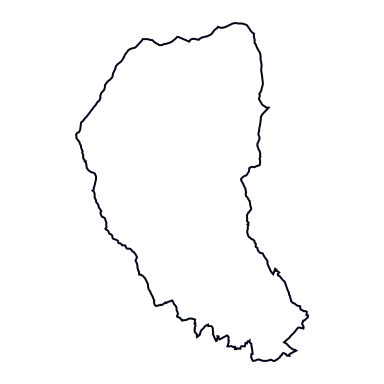 Vaideeni, Vâlcea, Romania
{"feature_id": "2599482B16463900446430", "entity_name": "Vaideeni", "entity_type": "district", "adm_level": 2, "iso_a3": "ROU", "parent_name": "Romania", "parent_adm1": "Vâlcea", "projection": "natural_earth1", "projection_center": [23.883, 45.229], "detail": "fine", "context": "isolated", "style": "outline", "palette": "ink", "viewbox_px": 384, "rotation_deg": 0, "n_neighbors": 0, "source": "geoboundaries", "source_scale": "gbopen_adm2", "svg_char_len": 5971}
<svg xmlns="http://www.w3.org/2000/svg" viewBox="0 0 384 384"><path d="M296.2,350.6L295.2,349.9L292.9,349.4L289.7,347.1L286.5,343.7L284.0,342.3L289.4,337.7L290.7,335.9L293.7,333.1L298.0,327.7L299.2,327.5L301.5,328.2L302.3,327.9L303.4,328.5L303.7,327.0L303.2,326.3L303.2,325.8L302.2,324.3L302.3,322.7L303.1,321.7L303.2,320.6L304.2,320.4L305.5,319.6L305.8,319.1L307.9,317.3L308.0,315.9L307.3,315.4L307.4,315.0L306.5,315.0L306.8,311.8L305.6,311.1L303.7,311.2L302.2,310.1L301.2,309.8L300.3,308.8L300.2,306.5L299.9,306.1L298.2,306.0L296.0,304.8L294.7,303.6L292.9,302.9L291.0,301.1L291.1,300.0L290.3,298.1L290.0,296.0L289.2,295.0L288.9,292.5L287.8,290.5L284.7,281.7L282.5,279.7L279.7,276.2L277.9,275.3L277.8,274.1L279.2,272.5L277.5,271.2L276.1,270.9L276.0,270.7L276.4,269.8L275.2,268.8L273.2,274.2L271.0,271.6L267.7,264.4L267.4,263.3L267.6,261.9L267.2,260.6L264.5,256.9L262.6,253.4L259.8,252.7L258.3,251.0L257.7,249.9L257.5,248.1L255.7,246.8L255.8,243.8L254.7,242.7L254.5,241.0L253.2,239.7L251.6,239.1L250.0,237.6L248.9,237.1L247.8,234.7L247.2,232.2L247.3,231.0L247.9,228.5L247.7,227.3L247.9,226.1L248.4,225.3L248.2,224.6L247.6,224.2L248.2,223.8L248.6,222.8L246.9,220.9L247.2,219.1L246.9,215.5L247.1,214.9L248.3,212.6L249.3,212.0L249.7,211.0L251.0,209.5L251.2,208.2L250.4,205.9L249.6,200.9L248.9,200.2L247.3,197.2L246.4,196.5L245.8,195.6L245.7,194.3L246.1,192.5L245.8,192.1L246.0,191.2L245.4,189.1L245.5,188.6L244.3,186.6L243.0,183.5L241.6,181.3L241.6,180.8L241.1,179.9L241.1,179.0L241.8,178.0L243.7,176.4L246.1,175.4L247.2,174.4L247.8,173.0L248.9,171.6L249.3,168.2L249.5,167.8L250.2,167.8L250.8,167.2L252.0,166.8L254.6,167.2L255.6,166.5L259.7,165.1L260.1,163.0L260.1,160.1L259.5,158.7L260.2,157.4L260.3,156.7L259.9,155.8L260.4,154.8L259.8,151.4L258.6,149.4L257.3,145.6L257.5,144.7L257.3,144.0L259.4,139.5L259.4,136.7L258.5,135.0L258.4,134.4L258.9,131.3L259.2,130.5L259.1,129.2L260.2,124.3L261.0,116.9L261.7,115.3L262.9,113.7L268.6,107.7L266.4,107.5L262.8,105.2L262.2,104.6L259.0,99.2L259.0,98.6L259.9,95.5L259.3,93.9L260.2,92.7L261.4,90.1L261.9,87.7L262.6,85.6L262.9,83.3L261.8,73.9L261.2,70.7L261.2,68.7L261.5,67.3L261.6,64.7L261.3,63.8L261.3,62.3L260.6,60.1L260.6,56.2L260.1,53.2L256.8,47.3L255.9,44.7L254.6,42.9L254.6,39.3L253.9,37.0L253.8,34.6L254.1,33.7L252.4,32.6L250.7,30.9L249.3,28.5L246.9,25.2L246.3,24.8L242.0,23.5L239.8,23.6L234.9,23.0L232.3,23.7L225.7,26.9L223.1,27.7L220.5,27.8L218.0,26.8L216.8,28.4L215.0,29.5L211.7,33.8L210.2,34.9L207.4,36.2L201.9,37.5L199.9,38.6L198.7,39.8L194.3,38.9L192.5,38.9L190.6,39.6L189.2,41.6L178.9,37.2L177.1,36.9L175.8,38.4L171.9,41.7L168.9,43.0L166.2,43.8L164.0,44.0L162.1,45.1L159.2,45.1L157.9,44.1L156.5,43.5L153.8,41.6L152.5,40.2L150.2,39.9L147.6,39.1L142.8,39.1L141.3,41.2L135.4,47.5L130.7,48.8L128.6,49.9L125.2,54.4L123.0,58.9L121.2,61.5L117.4,64.4L115.7,66.5L115.4,68.7L113.2,73.1L112.3,77.2L110.5,79.2L107.2,81.9L105.0,85.2L104.9,87.3L104.1,89.9L101.3,93.0L100.6,94.9L100.2,96.1L100.5,98.0L99.6,100.0L99.1,100.8L97.4,102.1L95.7,105.0L93.8,107.1L86.6,116.7L84.6,118.6L83.2,120.7L81.0,122.7L80.3,129.0L79.5,131.3L78.8,132.3L77.4,132.7L76.0,134.8L76.5,136.6L76.3,137.3L76.5,138.2L79.5,142.2L79.8,143.6L80.9,145.6L81.2,148.0L82.6,151.2L82.2,152.1L82.5,153.5L83.2,154.8L83.2,158.3L84.6,160.1L84.7,161.3L85.4,161.4L85.1,161.7L85.6,162.1L86.2,163.9L86.8,168.0L88.0,169.8L89.3,170.9L90.9,172.0L93.3,172.7L95.0,173.7L95.2,174.1L95.2,174.9L96.0,176.2L96.1,178.0L95.9,179.7L94.5,185.9L93.9,187.4L93.6,189.7L92.6,190.6L93.4,191.1L94.3,192.5L94.7,194.9L94.6,197.4L96.0,200.3L96.2,202.1L97.6,203.7L98.5,205.5L98.7,207.1L101.3,211.0L101.3,211.4L100.5,212.3L100.4,213.0L101.2,215.4L102.1,216.8L103.8,217.4L104.9,218.3L105.7,220.9L106.4,222.5L106.2,225.0L106.6,227.2L105.4,228.6L105.6,229.2L107.2,230.1L108.4,231.2L109.2,233.6L110.9,234.3L112.1,235.4L112.3,235.8L112.5,237.8L113.1,238.7L115.6,239.6L117.7,240.6L118.1,241.2L118.3,242.8L118.8,243.2L120.2,243.4L121.6,244.3L122.2,245.3L124.9,245.3L125.5,245.9L126.0,247.5L126.9,248.6L129.5,248.7L130.7,249.2L132.7,251.5L133.7,252.0L135.5,254.2L137.0,257.3L135.7,260.2L135.6,260.9L136.1,261.7L137.1,264.0L137.5,266.3L137.5,268.2L138.2,269.8L138.5,271.1L139.0,271.7L139.1,274.5L139.4,274.7L140.9,274.6L141.8,275.4L143.0,276.0L145.1,278.4L145.6,279.3L148.0,284.4L148.1,287.1L148.7,289.3L150.4,291.8L150.6,292.9L152.8,296.9L153.7,299.6L154.3,300.6L153.9,302.2L154.8,305.0L155.5,305.3L156.3,306.1L160.7,304.8L161.0,305.1L162.5,304.6L165.7,302.4L166.3,303.0L168.1,301.9L172.3,300.5L174.1,304.3L175.3,305.4L176.3,306.9L176.8,310.9L177.5,312.1L177.9,313.6L177.7,314.9L177.0,315.8L177.4,317.0L179.7,317.6L182.0,320.5L182.5,320.0L183.0,320.4L186.4,319.9L189.2,318.6L191.3,318.5L195.0,319.4L195.2,319.7L194.7,321.6L195.3,323.4L194.6,323.8L195.3,324.8L195.5,325.7L195.4,326.1L194.7,327.3L195.0,328.4L194.5,329.2L194.8,330.9L194.7,331.6L195.0,332.3L197.2,334.7L196.7,336.0L197.0,337.1L199.7,334.9L200.5,332.2L201.4,330.1L203.1,328.7L205.4,325.8L207.9,324.7L207.8,325.5L208.2,326.1L210.7,326.0L211.9,326.5L212.2,327.0L212.9,328.7L212.8,330.7L213.2,332.4L213.0,334.3L213.9,335.9L214.4,337.6L216.1,341.0L216.9,340.5L216.1,339.1L217.8,338.6L217.5,336.2L218.5,336.4L218.8,338.6L219.6,339.4L227.1,335.4L227.7,335.9L228.7,337.4L228.4,339.2L228.5,340.1L228.9,340.8L228.5,341.7L228.6,342.4L228.0,344.8L227.4,346.3L227.8,346.5L231.4,346.1L232.9,346.9L234.7,346.8L234.6,347.4L235.2,347.5L235.0,349.1L236.7,349.1L237.0,348.4L240.3,348.7L240.2,348.1L241.4,346.2L244.9,346.3L245.5,343.0L247.0,343.4L247.6,341.4L248.9,341.2L249.6,340.6L249.5,342.2L251.4,343.9L251.3,345.1L252.1,349.0L252.6,353.8L252.6,354.0L251.4,354.1L251.1,357.0L252.2,359.7L253.0,360.9L255.2,360.6L256.7,359.9L258.7,359.4L262.4,360.7L264.4,360.9L266.7,360.9L271.0,359.7L273.1,360.8L274.5,361.0L277.3,359.3L279.9,357.2L280.3,356.8L280.6,355.6L281.6,355.3L282.2,354.0L283.0,353.1L283.8,353.1L286.2,354.4L286.4,355.2L286.8,355.6L289.1,355.8L289.4,355.8L289.2,355.4L288.4,355.2L290.8,353.4L296.2,350.6Z" fill="none" stroke="#020617" stroke-width="2"/></svg>